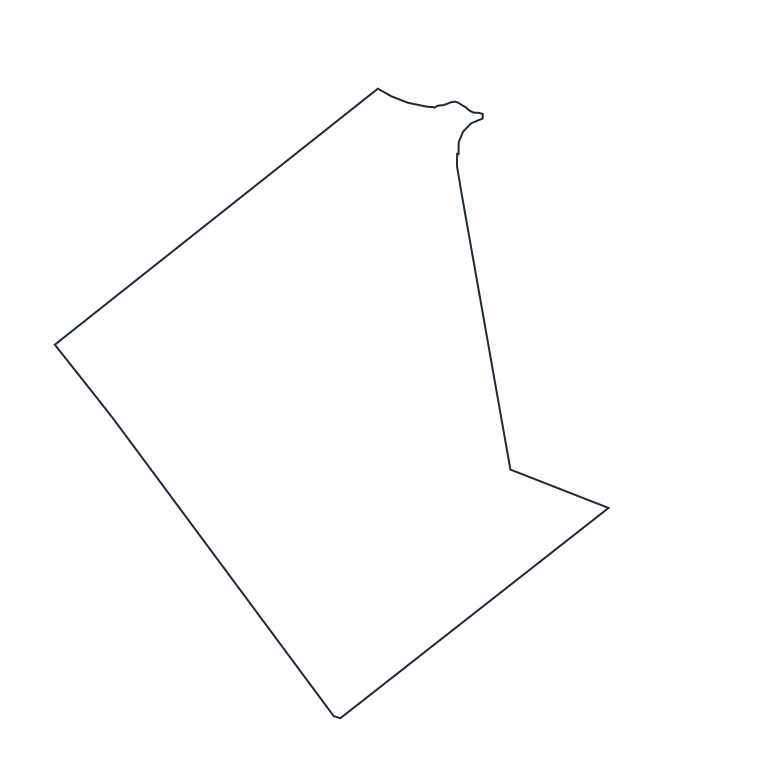 SVG path tracing the border of Inchiri, rotated 142°
{"feature_id": "MRT-2786", "entity_name": "Inchiri", "entity_type": "Region", "adm_level": 1, "iso_a3": "MRT", "parent_name": "Mauritania", "parent_adm1": "", "projection": "albers", "projection_center": [-15.985, 20.073], "detail": "fine", "context": "isolated", "style": "outline", "palette": "slate", "viewbox_px": 768, "rotation_deg": 142, "n_neighbors": 0, "source": "natural_earth", "source_scale": "10m", "svg_char_len": 598}
<svg xmlns="http://www.w3.org/2000/svg" viewBox="0 0 768 768"><g transform="rotate(142 384 384)"><path d="M207.0,620.5L201.1,606.2L192.1,591.0L179.9,576.6L176.0,572.9L175.2,572.5L174.4,571.0L172.7,570.5L170.7,570.3L168.9,569.4L165.4,567.1L157.3,564.6L154.0,562.6L152.4,560.1L149.0,550.8L148.4,546.9L146.3,542.7L142.3,539.2L139.9,536.0L142.8,532.5L154.8,535.8L166.3,534.2L176.4,528.4L183.8,519.2L184.7,520.3L192.2,511.0L203.7,489.9L337.1,238.7L283.4,148.1L624.2,147.5L628.1,153.3L618.7,523.7L618.8,557.1L619.2,617.6L610.8,617.7L207.0,620.5Z" fill="none" stroke="#1e293b" stroke-width="2"/></g></svg>